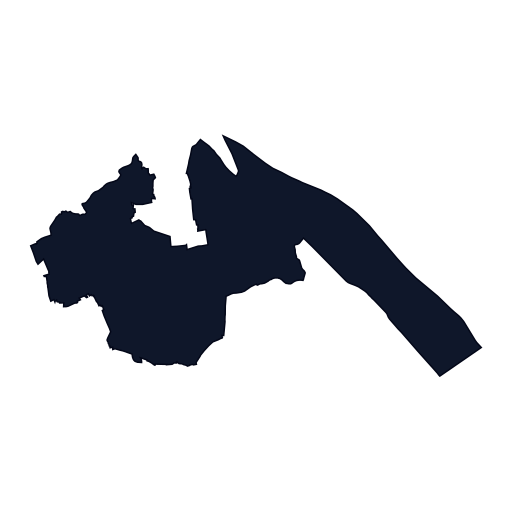 the district of Chau Thanh, Trà Vinh, Vietnam
{"feature_id": "81297802B55022771369511", "entity_name": "Chau Thanh", "entity_type": "district", "adm_level": 2, "iso_a3": "VNM", "parent_name": "Vietnam", "parent_adm1": "Trà Vinh", "projection": "mercator", "projection_center": [106.348, 9.881], "detail": "fine", "context": "isolated", "style": "filled", "palette": "ink", "viewbox_px": 512, "rotation_deg": 0, "n_neighbors": 0, "source": "geoboundaries", "source_scale": "gbopen_adm2", "svg_char_len": 5997}
<svg xmlns="http://www.w3.org/2000/svg" viewBox="0 0 512 512"><path d="M30.7,245.8L33.4,252.8L36.3,261.4L38.0,264.2L43.6,259.0L48.3,270.1L48.5,270.1L49.1,271.8L49.1,272.0L48.8,272.1L49.1,274.1L43.9,275.7L44.3,276.5L45.4,276.2L45.7,276.6L46.4,276.5L47.3,282.5L47.1,282.8L47.7,285.4L47.7,286.8L48.0,288.2L49.0,295.9L50.8,301.2L53.9,299.6L54.9,302.0L55.1,301.2L56.6,300.1L57.0,301.6L58.1,302.0L59.5,302.0L59.6,303.0L63.8,302.9L63.6,306.7L66.4,306.6L68.1,306.2L74.7,303.1L76.7,303.0L77.5,302.5L77.3,301.2L80.4,299.8L79.2,298.1L83.8,296.1L84.7,296.0L84.9,296.4L85.5,296.4L85.7,297.0L86.1,297.2L86.5,297.6L87.5,297.2L86.4,294.7L88.4,293.7L89.4,295.9L91.4,294.7L92.1,295.8L93.6,295.3L94.0,295.8L93.8,296.1L93.8,296.6L94.6,297.5L96.5,301.6L97.5,302.5L99.0,305.8L100.1,305.2L101.2,306.3L101.9,305.5L102.2,305.5L102.4,305.7L103.6,309.3L103.8,309.6L102.3,310.5L104.1,315.8L107.3,323.5L109.5,328.4L110.7,331.8L107.8,337.9L107.1,339.8L107.2,340.7L108.1,342.1L108.4,343.7L109.0,344.2L109.2,345.8L109.7,345.8L110.1,347.8L112.6,347.2L112.8,349.5L114.1,349.0L115.3,348.8L120.1,350.2L123.1,350.9L131.9,354.0L132.1,354.3L132.5,357.0L133.1,358.8L133.8,360.1L135.0,361.3L137.4,362.2L141.6,362.5L141.6,361.2L141.0,358.6L140.5,357.8L146.9,359.9L147.0,360.8L148.9,361.4L151.5,362.9L154.0,364.8L154.9,365.2L155.2,364.9L155.1,364.1L166.9,364.4L166.8,364.7L171.7,364.3L172.5,364.1L173.9,363.0L176.7,363.0L176.8,362.8L176.4,361.9L177.0,361.5L177.5,362.2L178.9,363.5L179.9,363.7L182.1,363.8L183.6,364.6L186.0,365.2L187.5,366.1L189.7,365.4L189.7,364.9L192.9,364.4L193.2,364.8L193.4,364.9L196.4,364.3L196.1,363.1L196.2,362.3L200.0,356.4L200.6,355.1L204.3,350.5L208.7,345.7L212.8,341.9L218.4,339.7L220.2,338.7L222.3,337.9L222.4,337.7L221.8,335.4L223.7,335.5L225.0,321.8L224.9,319.7L225.0,316.4L225.2,314.4L225.3,305.9L226.0,297.6L226.0,296.3L228.3,295.3L230.9,294.0L233.2,293.2L236.5,293.0L241.6,292.2L244.7,291.0L250.6,286.8L254.8,284.7L256.5,284.2L257.0,285.0L257.6,285.1L259.8,283.9L261.9,283.7L264.2,283.2L265.0,282.9L268.2,281.1L268.8,280.5L269.7,279.9L271.6,279.3L271.9,278.9L273.1,278.4L275.0,277.9L277.7,277.9L279.2,278.4L279.5,278.3L280.1,278.6L282.1,280.0L283.7,281.6L285.8,283.2L286.1,283.4L287.2,283.4L288.1,283.7L289.5,283.8L290.7,283.8L292.0,283.1L292.7,282.5L294.6,281.3L296.7,280.5L299.4,280.1L301.0,280.1L303.0,280.4L303.4,279.6L303.8,277.8L305.1,273.3L305.1,272.5L304.1,270.8L302.7,269.5L301.7,268.1L299.6,260.8L299.1,259.9L296.8,258.5L296.5,258.1L296.4,256.6L295.3,252.9L295.1,249.5L294.4,246.9L294.4,246.1L294.6,245.2L295.2,244.7L295.8,244.5L297.1,244.4L298.7,243.7L299.7,242.8L303.5,238.1L312.4,246.7L346.3,281.1L348.3,282.6L350.6,283.6L355.1,285.3L358.5,286.8L364.7,290.9L366.8,292.6L368.9,295.1L371.1,297.1L371.9,298.1L374.1,300.1L385.8,312.3L386.9,313.7L388.4,317.3L389.6,319.1L398.2,329.0L401.5,332.4L418.1,351.5L437.4,373.1L438.7,374.9L439.8,376.1L481.3,347.5L476.7,342.5L475.2,340.4L463.7,321.5L460.9,318.0L458.7,315.8L454.2,312.0L450.2,308.4L437.5,296.1L415.7,277.9L405.5,267.8L397.3,258.7L381.6,240.2L377.7,235.9L369.4,225.8L356.9,213.5L352.7,209.9L337.5,199.0L330.6,194.8L324.7,192.0L321.0,190.1L302.3,182.6L299.1,181.0L291.5,177.7L288.5,176.2L281.5,172.4L272.8,168.3L265.3,163.3L253.7,154.5L243.3,146.2L235.6,141.9L223.2,135.9L225.0,140.0L232.0,153.7L238.4,170.1L238.5,171.3L237.7,173.5L236.8,175.4L236.0,176.3L233.1,174.2L229.2,170.8L225.9,167.3L223.8,164.5L220.8,159.7L219.9,158.1L216.3,154.3L213.9,150.8L212.0,149.2L209.0,146.0L203.2,141.7L200.4,139.5L196.2,144.7L192.9,146.5L192.3,147.2L191.8,148.4L190.6,154.9L189.1,160.7L188.6,163.9L186.4,173.4L187.4,173.5L187.8,174.8L188.1,174.7L188.3,175.0L188.1,175.3L190.0,181.1L190.6,183.7L190.7,184.8L190.2,186.5L190.7,186.6L190.9,187.9L190.1,188.0L189.4,188.4L189.8,192.1L191.0,198.9L191.9,198.7L192.0,199.3L192.6,209.0L193.7,219.3L193.8,219.7L195.6,219.7L196.6,224.9L197.9,224.9L198.0,228.9L197.7,229.0L197.9,230.1L197.8,231.1L205.7,229.6L205.9,229.8L206.1,232.1L207.8,242.8L208.0,244.7L207.9,244.8L201.8,245.9L198.2,246.1L187.1,249.6L186.5,244.7L185.8,245.3L183.6,245.6L177.1,246.3L170.9,246.6L170.0,236.5L153.8,231.1L149.6,227.6L148.4,227.0L144.7,225.5L140.6,220.9L140.1,220.9L139.5,220.7L138.9,219.9L131.6,223.4L131.2,222.5L130.4,218.5L132.1,217.8L132.1,216.7L133.5,216.2L133.9,213.0L135.2,212.3L134.9,208.9L133.5,208.9L133.0,208.6L133.4,204.9L131.8,205.0L131.4,202.5L136.0,204.4L142.6,204.4L151.7,202.4L151.4,201.1L151.6,198.4L155.1,198.8L155.0,197.9L154.4,196.5L153.9,196.4L153.9,195.8L153.6,195.7L153.7,194.5L152.5,194.2L152.9,191.6L153.1,189.7L152.6,187.7L152.9,186.3L152.9,183.2L153.1,180.3L153.2,179.9L155.4,177.7L154.9,176.3L153.8,174.2L150.3,175.0L149.6,174.9L149.0,173.7L148.4,173.3L148.3,173.0L148.2,169.4L148.1,168.7L146.5,168.8L145.6,168.6L144.1,167.5L143.7,167.3L143.3,167.3L143.1,167.4L142.4,168.8L142.1,169.0L141.8,168.9L141.6,168.6L141.5,167.7L141.9,164.5L141.6,163.0L141.4,162.5L140.5,161.7L139.2,161.3L138.7,161.1L138.3,160.6L138.1,159.8L138.1,158.1L138.0,157.6L135.8,154.4L134.0,156.2L133.0,157.5L132.7,158.7L132.4,161.0L131.9,162.8L131.1,163.9L129.6,165.0L128.1,165.7L123.5,167.3L121.9,168.2L119.4,170.0L119.1,170.7L118.9,171.6L119.2,172.4L120.6,174.3L120.7,175.0L120.4,176.0L119.5,177.3L117.5,179.9L116.7,180.3L113.3,181.7L110.3,182.4L108.5,183.0L107.5,183.4L106.3,184.1L104.2,185.9L103.2,187.2L98.5,190.7L94.9,192.0L93.3,193.2L91.4,195.3L90.1,197.8L88.2,200.2L86.7,202.0L86.0,202.6L84.4,203.3L82.8,203.5L82.1,203.9L82.1,204.3L82.2,204.9L83.7,207.3L83.9,208.1L86.5,211.9L86.5,212.7L85.1,214.4L84.0,214.2L82.4,214.3L79.7,215.6L79.2,215.0L78.9,214.4L78.5,214.1L78.1,214.0L75.3,213.9L72.6,213.3L71.4,212.5L70.6,211.9L70.5,211.6L70.2,211.5L67.6,212.4L65.9,211.1L65.5,211.2L64.6,211.8L62.6,211.4L61.8,211.8L61.5,212.0L61.7,213.3L61.5,214.2L61.2,214.3L60.1,214.0L59.5,214.2L58.0,215.8L57.6,216.4L56.5,217.1L54.8,220.2L50.6,226.4L50.1,227.8L50.0,228.6L51.0,233.0L51.1,235.2L44.8,237.2L41.4,238.6L36.9,241.8L37.0,243.5L36.3,244.0L36.0,243.7L35.2,244.0L35.1,243.9L30.7,245.8Z" fill="#0f172a" stroke="#020617" stroke-width="1.5"/></svg>